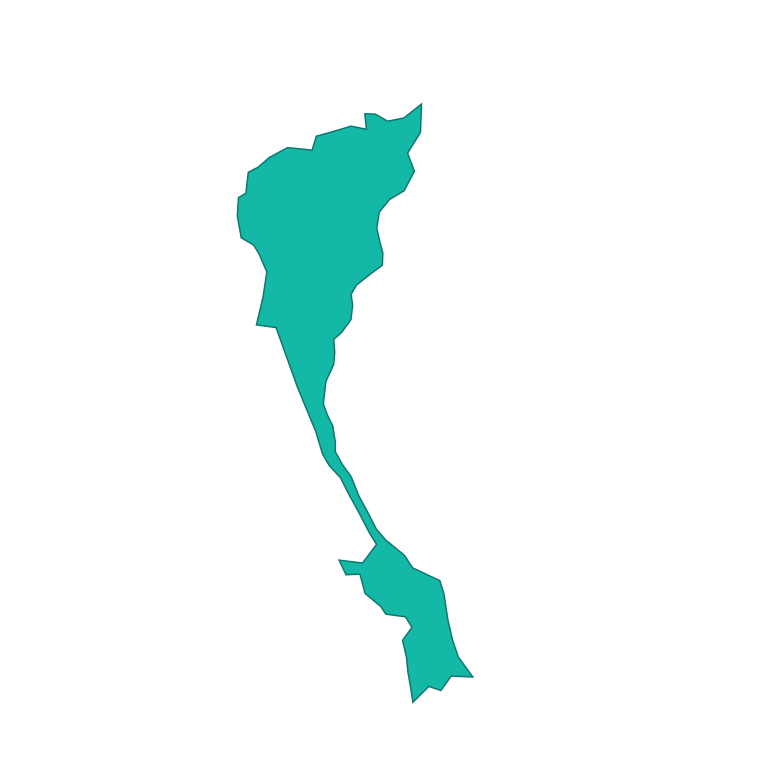 the district of Nikitas, Cyprus, rotated 210°
{"feature_id": "46923920B78041797088340", "entity_name": "Nikitas", "entity_type": "district", "adm_level": 2, "iso_a3": "CYP", "parent_name": "Cyprus", "parent_adm1": "", "projection": "orthographic", "projection_center": [32.942, 35.183], "detail": "fine", "context": "isolated", "style": "filled", "palette": "teal", "viewbox_px": 768, "rotation_deg": 210, "n_neighbors": 0, "source": "geoboundaries", "source_scale": "gbopen_adm2", "svg_char_len": 1299}
<svg xmlns="http://www.w3.org/2000/svg" viewBox="0 0 768 768"><g transform="rotate(210 384 384)"><path d="M491.5,645.2L499.8,624.3L512.3,613.4L526.5,613.4L535.7,608.4L526.5,595.8L541.5,590.8L555.7,575.7L566.5,564.8L563.2,550.6L585.7,540.5L596.5,523.0L601.5,508.7L607.4,499.5L599.0,480.2L603.2,472.7L594.9,456.0L580.7,439.2L566.5,439.2L557.3,434.2L541.5,422.5L532.3,399.0L524.0,371.4L505.7,378.9L457.3,337.9L419.2,308.6L402.3,292.7L390.6,286.0L374.8,281.0L357.4,269.7L357.0,269.5L341.5,260.1L332.5,254.4L323.1,248.3L310.2,241.3L310.4,240.0L313.1,218.2L334.8,209.0L321.5,199.8L309.8,207.3L295.6,193.1L275.6,189.7L267.3,185.6L249.0,193.1L238.1,187.2L239.8,171.3L228.1,158.8L219.0,146.2L210.6,136.2L199.8,122.8L194.0,144.5L181.5,147.0L179.8,164.6L160.6,174.7L183.1,184.7L196.5,196.4L210.6,211.5L227.3,232.4L237.3,241.6L267.3,239.1L280.6,245.8L282.1,246.1L304.8,249.8L317.9,254.4L334.0,264.8L349.8,274.5L365.9,287.2L380.5,293.8L392.4,301.1L397.0,309.2L407.3,322.0L417.3,328.7L426.5,336.3L435.6,357.2L437.3,375.6L442.3,386.5L449.8,397.4L446.5,407.4L444.8,423.3L450.6,436.7L457.3,445.1L457.3,456.0L450.6,472.7L444.8,486.1L450.6,497.0L459.8,506.2L468.2,515.4L474.0,530.5L471.5,546.4L463.2,561.5L464.0,583.3L479.0,595.8L478.2,620.1L491.5,645.2Z" fill="#14b8a6" stroke="#0f766e" stroke-width="1.5"/></g></svg>